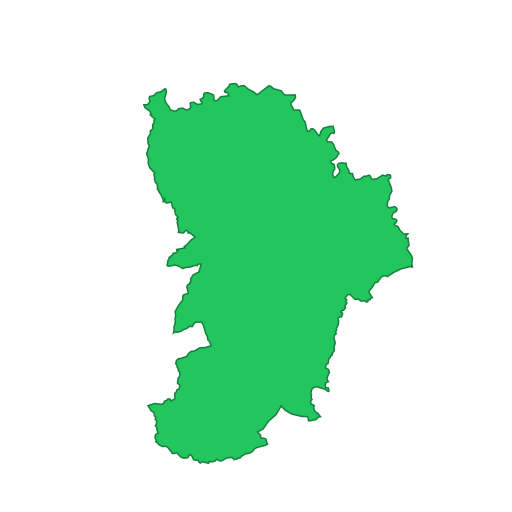 outline of Totatiche, Jalisco, Mexico, rotated 342°
{"feature_id": "50627088B28012319931887", "entity_name": "Totatiche", "entity_type": "district", "adm_level": 2, "iso_a3": "MEX", "parent_name": "Mexico", "parent_adm1": "Jalisco", "projection": "orthographic", "projection_center": [-103.496, 21.965], "detail": "fine", "context": "isolated", "style": "filled", "palette": "green", "viewbox_px": 512, "rotation_deg": 342, "n_neighbors": 0, "source": "geoboundaries", "source_scale": "gbopen_adm2", "svg_char_len": 6101}
<svg xmlns="http://www.w3.org/2000/svg" viewBox="0 0 512 512"><g transform="rotate(342 256 256)"><path d="M289.8,85.6L284.1,84.5L282.8,86.1L277.0,89.3L276.9,90.5L279.5,92.0L279.6,95.3L271.9,93.6L267.1,96.1L264.9,95.7L264.2,94.3L265.4,90.7L264.8,89.2L260.9,85.9L258.4,85.1L256.6,85.6L255.4,88.4L254.5,89.1L251.2,89.9L251.3,91.6L252.4,93.1L251.2,94.5L247.4,93.9L244.0,90.4L241.2,90.0L240.4,90.7L239.9,94.2L238.8,95.2L236.1,95.8L234.8,95.6L231.9,92.6L227.7,92.0L225.6,93.3L224.0,93.4L219.7,90.7L219.3,86.8L217.6,82.3L217.6,78.2L221.5,72.3L221.9,69.7L221.1,68.8L216.6,70.4L211.9,70.0L208.1,71.9L204.1,71.4L203.0,73.2L202.9,76.0L200.6,78.0L199.2,78.5L196.1,77.5L196.2,80.6L199.8,85.5L200.0,88.1L199.0,89.0L200.2,89.9L199.8,90.5L200.4,91.7L202.3,94.2L201.0,95.3L200.2,97.8L198.2,99.3L197.1,103.2L194.4,104.1L193.1,107.3L189.5,110.4L188.1,115.8L188.5,118.2L183.5,125.0L183.8,130.0L182.1,134.5L182.2,139.2L185.3,145.9L184.0,147.1L184.0,150.4L183.2,151.1L183.1,155.2L184.0,156.3L184.1,158.2L183.4,159.9L183.6,161.6L182.8,162.0L183.8,163.7L183.4,164.6L184.5,168.3L185.2,174.0L184.5,175.7L185.7,175.6L185.9,173.7L186.7,173.4L186.1,174.9L186.3,176.9L187.6,178.2L192.2,178.4L191.6,184.4L193.1,185.5L192.3,191.7L193.8,194.8L193.7,195.6L192.6,195.5L191.8,196.5L192.7,197.5L191.4,199.8L190.6,207.5L189.4,209.5L194.0,211.7L197.7,209.8L198.9,211.6L198.5,213.3L200.3,213.5L204.0,219.2L198.9,220.8L193.3,224.1L190.7,224.8L191.3,226.4L182.6,225.3L182.3,226.1L183.3,227.0L181.3,228.2L177.8,227.8L177.5,228.9L172.8,230.7L173.2,231.4L171.1,232.7L168.6,237.4L169.1,238.4L171.1,239.0L176.3,239.6L180.0,242.3L182.3,245.3L185.8,245.2L190.3,246.2L194.2,246.0L197.2,247.0L198.6,245.8L201.4,246.8L196.7,253.5L190.3,254.6L186.6,257.7L186.7,258.9L185.0,260.9L185.6,261.0L185.1,261.6L181.9,262.4L180.6,264.1L180.2,270.6L175.0,270.5L173.7,272.1L172.7,275.1L166.7,279.4L161.9,283.9L161.4,287.4L159.6,290.7L158.8,294.2L155.8,298.7L155.5,300.6L153.7,303.7L154.8,303.3L158.2,304.3L161.7,304.4L164.6,303.5L167.6,303.6L170.6,302.4L173.8,303.5L175.5,301.5L178.4,300.3L183.9,302.1L184.6,306.1L184.2,314.1L184.9,317.1L184.3,320.9L185.2,322.4L185.7,327.5L179.3,327.4L174.4,325.9L168.1,327.3L164.9,326.7L161.6,327.8L159.5,330.0L151.5,330.2L150.8,329.6L148.1,330.7L146.3,333.8L147.1,334.4L146.7,337.8L147.4,339.7L146.7,340.7L147.4,342.8L147.1,345.4L145.8,347.2L144.1,348.2L142.0,352.7L143.7,355.1L141.8,358.7L139.5,358.8L137.9,360.9L136.3,361.5L134.8,366.6L130.8,367.5L130.0,366.9L130.0,365.5L127.9,364.7L126.3,365.8L123.8,365.8L122.9,367.6L120.5,367.9L113.9,364.9L107.0,365.0L108.4,370.7L110.6,373.5L110.0,376.6L110.8,378.4L109.6,380.4L110.7,381.8L109.2,385.3L107.8,386.3L108.7,388.5L108.0,390.3L108.2,394.2L105.8,394.5L104.9,395.3L103.8,397.6L104.1,400.7L103.2,401.8L104.3,402.7L105.1,405.1L108.2,408.3L111.7,409.2L113.7,412.1L113.7,413.5L115.2,416.2L115.1,417.6L116.4,418.4L120.0,418.9L122.3,423.9L124.7,425.9L128.2,426.8L129.8,426.1L130.7,424.5L132.5,425.1L133.3,426.5L133.7,430.7L137.8,432.4L138.1,434.6L139.0,435.7L141.3,435.0L146.8,438.5L148.3,437.0L150.7,438.3L153.6,438.3L156.0,437.2L157.2,438.9L159.6,440.3L165.8,439.0L170.9,440.2L172.3,443.0L175.8,443.1L176.0,442.5L178.4,443.2L180.4,442.0L185.6,440.7L186.3,441.3L190.1,441.4L192.8,440.5L194.6,439.0L197.8,438.4L206.2,439.0L208.9,438.5L208.5,436.7L208.9,433.2L206.8,431.5L204.7,431.0L204.4,429.5L205.0,428.1L203.2,423.9L209.3,422.7L217.0,417.0L226.2,412.9L233.5,406.5L236.3,412.0L241.2,417.4L250.2,422.9L254.8,424.4L255.6,425.4L255.0,429.1L262.3,430.1L265.6,428.5L267.7,428.8L266.0,424.5L264.0,421.8L263.9,418.3L265.2,416.2L262.8,413.9L262.9,411.2L265.0,409.6L264.7,407.9L265.9,405.1L265.8,403.2L268.4,399.5L271.7,398.7L273.7,399.3L280.4,404.1L282.8,407.2L283.8,406.9L284.0,403.8L281.8,402.7L281.9,400.4L283.2,398.0L286.1,397.9L285.5,396.2L285.9,393.8L289.8,389.4L289.9,386.3L287.6,384.2L288.0,382.7L289.3,380.8L291.3,380.6L293.7,375.9L294.9,375.7L295.9,374.2L297.3,374.1L298.2,373.3L298.0,372.6L300.8,370.6L301.9,368.4L301.7,367.3L304.5,363.2L304.9,357.5L306.2,355.5L308.4,354.7L307.9,353.3L309.5,351.6L310.3,349.3L313.2,346.5L314.5,343.6L314.5,341.2L315.4,340.2L317.4,339.8L318.5,340.3L320.4,338.0L320.6,337.0L319.4,335.5L320.7,334.5L322.7,334.6L325.2,333.0L325.1,330.9L327.9,328.8L327.4,326.6L328.8,325.8L327.7,323.9L329.4,322.3L331.1,321.3L333.5,321.5L337.0,328.1L339.7,328.4L342.0,331.3L346.0,332.5L346.7,334.0L348.4,333.9L349.0,332.2L350.5,332.8L351.3,332.7L351.8,331.4L353.8,331.6L352.2,325.5L353.2,323.9L356.3,322.2L361.0,318.1L363.5,318.5L369.0,314.5L372.1,314.5L373.5,315.0L374.1,316.0L375.2,316.1L381.6,314.2L389.9,313.1L400.3,313.7L400.6,314.8L401.5,314.7L401.6,311.9L404.2,306.1L403.9,303.0L401.7,296.2L401.9,295.1L404.7,293.4L406.1,285.9L404.1,285.8L404.0,285.0L405.2,283.0L407.2,281.8L403.2,280.7L400.8,275.8L400.2,271.9L397.3,269.5L397.2,268.7L400.4,266.7L400.9,265.6L400.4,264.3L397.4,262.7L397.3,260.4L399.6,257.6L403.4,256.8L404.6,255.3L404.6,253.9L403.2,252.0L397.3,251.4L396.1,249.0L398.2,244.8L400.5,242.9L401.5,240.0L405.3,236.3L405.8,232.8L405.3,224.6L405.6,224.0L408.1,223.4L408.8,221.4L408.6,220.2L405.8,219.1L404.7,220.3L401.4,218.2L394.8,219.8L390.7,219.2L389.6,218.2L389.5,215.4L388.3,214.0L385.5,214.2L383.4,213.5L378.9,215.0L373.8,214.2L373.0,211.0L373.2,207.4L370.4,206.4L370.7,202.8L369.7,199.2L370.4,195.7L365.9,193.7L363.2,193.5L361.8,194.3L361.2,195.8L362.1,199.8L361.3,202.5L355.9,205.6L354.5,205.3L354.0,202.3L354.4,201.3L356.0,198.9L357.4,198.1L358.3,196.1L358.5,192.8L356.6,191.5L356.3,189.2L357.1,188.4L359.2,188.5L362.2,187.5L366.7,184.0L366.1,181.9L364.5,180.0L364.3,173.9L363.3,171.0L359.3,169.5L358.8,167.6L364.7,162.6L366.0,162.4L368.1,163.4L369.0,162.1L369.5,156.5L366.3,155.6L359.5,155.2L356.0,157.8L353.7,161.4L352.4,159.9L350.6,154.1L349.1,152.3L347.5,152.1L345.4,153.8L343.8,153.5L343.3,150.6L344.2,143.9L343.0,141.0L342.8,131.4L342.1,130.5L337.3,128.9L336.1,123.4L336.5,121.2L339.8,119.9L342.5,117.6L343.1,114.9L334.0,112.2L332.4,110.8L331.1,106.7L324.6,102.5L322.1,98.7L320.7,98.1L307.0,103.0L304.4,99.2L300.0,94.7L297.4,90.4L294.9,89.6L291.5,89.7L290.8,86.7L289.8,85.6Z" fill="#22c55e" stroke="#15803d" stroke-width="1.5"/></g></svg>